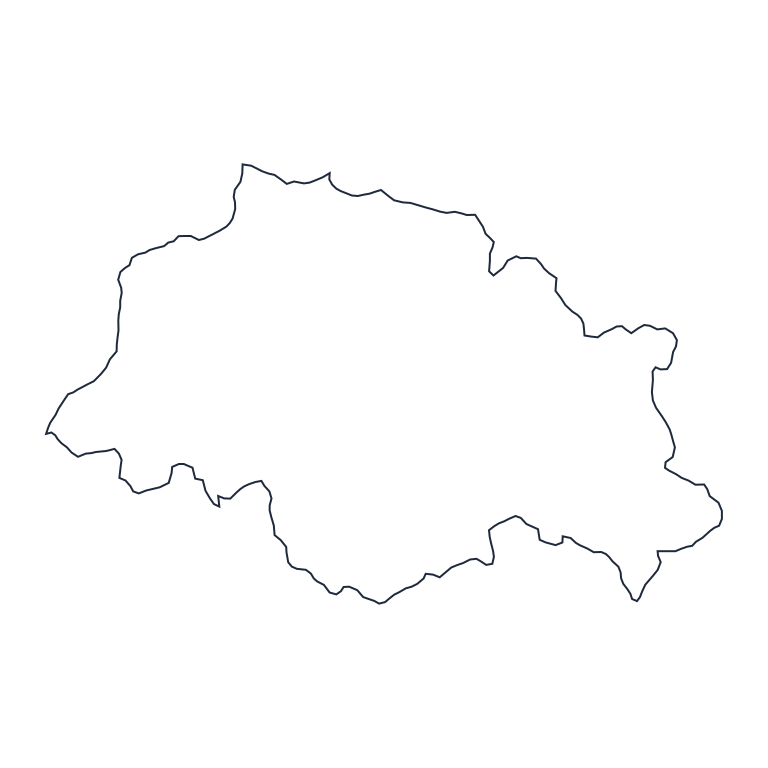 outline of Santa Rita do Passa Quatro, São Paulo, Brazil
{"feature_id": "56859067B91361452731504", "entity_name": "Santa Rita do Passa Quatro", "entity_type": "district", "adm_level": 2, "iso_a3": "BRA", "parent_name": "Brazil", "parent_adm1": "São Paulo", "projection": "orthographic", "projection_center": [-47.502, -21.677], "detail": "fine", "context": "isolated", "style": "outline", "palette": "slate", "viewbox_px": 768, "rotation_deg": 0, "n_neighbors": 0, "source": "geoboundaries", "source_scale": "gbopen_adm2", "svg_char_len": 3812}
<svg xmlns="http://www.w3.org/2000/svg" viewBox="0 0 768 768"><path d="M363.2,597.1L374.5,601.0L379.1,603.6L385.1,602.1L389.2,598.6L394.3,594.6L399.2,592.2L405.9,588.3L411.4,586.8L417.2,583.9L423.6,578.5L425.7,573.8L433.0,574.6L439.7,577.3L451.3,567.5L457.1,565.1L463.2,563.0L470.1,559.5L476.5,558.8L480.9,561.4L486.2,564.9L492.3,563.8L493.9,556.9L493.1,551.1L491.2,543.7L489.7,536.9L489.0,530.2L494.5,526.0L498.8,523.4L504.2,521.3L509.3,518.7L515.5,516.0L520.8,517.9L526.4,524.0L538.0,529.2L539.7,539.8L545.6,542.4L555.6,545.1L562.4,542.5L562.7,536.3L570.6,538.0L575.9,542.9L580.2,545.4L587.3,548.5L593.7,552.2L601.2,552.0L605.9,554.0L609.3,557.2L612.5,561.3L618.4,566.7L620.6,572.4L621.1,578.3L623.3,583.9L627.0,588.6L630.4,593.8L632.1,599.0L637.0,601.1L639.9,597.2L642.1,591.6L645.3,584.7L653.2,575.5L657.7,569.9L660.7,562.1L658.1,556.0L657.6,551.2L664.3,551.2L675.5,551.2L681.4,548.7L687.3,546.7L692.2,545.8L695.9,541.8L702.5,537.8L710.1,530.9L714.3,527.8L719.1,525.7L721.9,518.9L721.9,510.9L718.5,502.7L709.7,496.1L707.2,489.0L704.1,484.5L695.4,484.7L688.6,480.6L681.7,477.9L676.1,474.2L668.9,470.5L665.0,467.8L665.6,462.2L672.7,457.0L674.9,447.4L673.2,441.5L671.2,434.1L669.6,429.3L665.7,422.1L661.7,415.9L656.1,407.9L652.9,400.5L651.9,392.0L652.9,380.2L652.6,371.5L655.6,367.3L660.5,369.4L667.1,369.1L671.1,362.8L673.1,352.0L676.0,346.4L676.9,340.1L673.0,333.2L665.2,328.4L657.3,329.4L650.0,325.8L644.2,325.0L638.4,328.2L631.3,333.2L625.5,329.2L622.0,326.2L616.6,326.5L611.7,329.2L603.9,332.6L597.8,337.3L591.4,336.6L584.5,335.5L584.0,329.0L583.4,323.6L581.1,318.6L577.6,315.0L572.5,311.7L565.4,305.1L560.9,298.0L555.5,290.9L556.0,283.3L556.5,278.2L549.1,273.2L544.0,268.5L541.1,264.2L536.0,258.6L526.9,257.9L520.7,258.2L516.3,256.3L507.7,260.5L503.1,267.9L493.5,275.5L489.1,271.3L489.9,260.7L489.9,253.6L492.5,247.5L493.8,242.0L489.8,237.8L485.6,233.8L482.9,226.7L475.1,214.8L466.7,215.0L461.9,213.5L454.8,211.8L446.6,212.9L440.0,211.6L432.6,209.3L426.5,207.7L421.1,206.1L410.3,202.9L402.9,202.4L394.1,200.3L388.5,196.1L381.0,190.0L374.7,191.9L369.5,193.7L364.7,194.5L357.7,196.0L351.9,195.5L340.8,191.1L336.4,188.7L332.2,184.7L329.3,179.4L329.7,173.1L322.7,177.3L315.0,180.5L309.6,182.6L304.0,183.4L294.0,181.5L286.8,183.9L281.3,179.7L274.5,174.9L268.6,173.6L262.0,171.2L251.2,165.7L242.6,164.4L242.3,173.4L240.4,181.9L234.8,189.8L233.7,196.9L235.0,202.2L235.2,209.0L232.6,218.5L229.8,223.0L226.5,226.5L220.2,230.4L212.7,234.3L204.1,238.7L198.9,240.0L190.8,236.0L184.2,236.0L178.5,236.2L173.7,241.3L168.2,242.6L164.1,246.1L155.7,248.2L149.6,250.0L145.4,252.6L138.0,254.3L131.9,257.8L129.5,265.1L125.0,268.0L120.4,272.0L118.2,279.7L121.2,287.8L121.7,293.0L120.2,300.8L120.2,307.3L118.8,314.1L118.3,320.3L118.5,330.5L117.7,336.4L116.8,344.3L116.6,351.4L109.9,359.3L106.1,367.7L101.1,373.8L97.4,377.6L93.8,381.2L87.4,384.4L81.9,387.3L77.7,389.5L73.3,392.4L68.1,394.2L63.6,400.9L58.6,408.5L55.6,414.8L50.2,422.8L48.0,428.1L46.1,433.9L51.4,432.5L55.2,435.2L57.7,439.2L61.5,443.3L66.9,447.3L71.5,452.5L78.0,456.8L85.8,453.6L91.4,453.1L95.8,452.0L106.2,451.0L114.5,448.9L118.9,453.6L121.6,459.9L120.7,466.0L119.4,477.9L125.5,480.5L130.4,486.1L133.2,491.4L138.8,493.4L146.2,490.5L159.7,487.3L168.7,482.9L171.6,473.0L172.2,466.9L178.9,464.0L183.7,464.0L192.5,467.7L195.2,478.6L202.8,480.2L205.5,490.8L210.1,498.6L214.0,504.1L219.3,506.6L218.2,496.0L224.2,498.4L230.3,498.6L236.7,492.3L240.3,489.1L244.0,486.5L248.9,484.2L255.5,482.0L261.4,480.9L264.4,485.9L269.4,491.4L271.5,498.5L269.7,505.2L269.6,510.2L271.3,517.1L273.8,525.5L274.6,535.1L280.6,540.0L286.2,546.9L286.5,552.4L288.2,562.2L291.8,566.6L296.8,568.8L305.9,569.8L310.9,573.6L313.9,578.6L317.3,581.5L323.9,584.9L329.6,592.5L336.3,594.4L340.9,591.2L343.6,587.0L349.2,586.7L357.3,590.2L363.2,597.1Z" fill="none" stroke="#1e293b" stroke-width="2"/></svg>